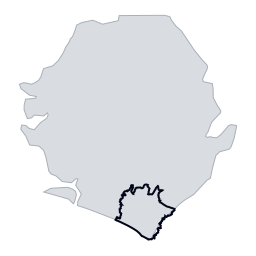 Pujehun, Southern, Sierra Leone (highlighted)
{"feature_id": "65957751B2614126839094", "entity_name": "Pujehun", "entity_type": "district", "adm_level": 2, "iso_a3": "SLE", "parent_name": "Sierra Leone", "parent_adm1": "Southern", "projection": "albers", "projection_center": [-11.562, 7.3], "detail": "fine", "context": "in_parent", "style": "outline", "palette": "ink", "viewbox_px": 256, "rotation_deg": 0, "n_neighbors": 0, "source": "geoboundaries", "source_scale": "gbopen_adm2", "svg_char_len": 7227}
<svg xmlns="http://www.w3.org/2000/svg" viewBox="0 0 256 256"><path d="M236.5,125.4L236.3,127.7L234.2,138.1L231.0,147.1L228.9,149.3L219.7,151.7L215.8,155.6L212.4,168.4L210.3,178.4L207.1,180.1L193.7,194.5L184.8,200.0L178.7,204.7L172.9,210.9L165.5,216.9L157.6,226.9L152.0,237.4L148.2,240.6L145.3,237.7L131.8,227.4L117.7,220.4L87.5,208.8L77.4,205.6L77.8,201.5L81.3,194.0L75.7,185.2L77.9,178.8L75.7,178.8L71.4,182.7L62.2,181.5L56.1,176.0L51.1,174.0L48.9,171.2L45.8,156.7L43.5,150.1L38.9,146.1L29.7,145.0L25.9,136.2L20.8,129.3L21.6,125.1L25.8,125.4L29.1,128.4L34.3,129.7L40.9,122.3L46.8,118.3L48.2,114.8L47.4,112.9L43.9,115.9L34.1,115.1L31.7,117.8L27.4,118.6L24.1,109.9L24.2,104.8L25.6,99.2L35.4,98.3L36.3,96.5L29.5,95.2L21.0,88.7L19.5,84.2L23.7,82.7L27.8,83.3L31.3,84.3L35.0,82.7L38.6,80.3L40.7,77.1L43.6,68.6L52.8,65.8L58.3,60.6L63.4,52.6L65.8,46.9L67.9,44.1L69.3,41.7L70.3,39.0L72.6,36.5L75.0,30.5L76.7,25.1L81.9,22.5L92.8,20.2L102.5,24.2L118.3,20.7L119.1,15.6L133.6,15.5L150.7,15.4L165.0,15.4L169.8,16.7L171.6,20.5L176.3,26.5L181.2,30.7L187.3,39.7L194.4,50.3L202.1,59.8L207.0,65.0L207.5,66.8L207.2,68.9L204.8,73.8L202.7,79.0L202.9,81.0L204.4,82.0L212.4,83.6L213.1,89.5L213.2,97.6L217.1,105.1L220.8,110.7L220.6,112.7L211.6,122.2L208.1,131.6L206.3,134.3L205.6,136.4L207.4,137.4L209.8,136.7L213.4,137.5L216.7,137.8L221.1,134.4L228.5,125.7L230.9,124.7L236.5,125.4ZM74.5,201.9L73.4,203.8L68.6,199.1L43.8,192.0L50.8,188.3L68.1,187.3L73.2,189.5L75.5,191.3L76.4,194.7L74.5,201.9Z" fill="#d9dde1" stroke="#a8b0b8" stroke-width="1"/><path d="M174.5,209.0L172.8,208.3L171.3,207.9L170.0,207.4L168.5,206.9L167.5,206.7L166.7,206.4L165.5,205.7L164.8,205.2L164.1,204.8L163.4,204.4L162.7,203.9L161.9,203.2L161.2,202.8L160.6,202.5L160.2,202.4L160.1,202.1L160.1,201.8L159.8,201.8L159.6,201.7L159.5,201.1L159.7,200.9L159.4,200.9L159.2,200.6L159.5,200.4L159.5,200.0L159.3,199.6L159.2,199.2L159.2,198.9L159.4,198.7L159.1,198.1L158.9,197.9L158.8,197.7L158.7,197.3L158.5,197.1L158.5,196.9L158.7,196.5L158.7,196.3L158.5,195.8L158.3,195.4L158.5,194.9L158.4,194.5L158.7,193.8L158.9,193.4L158.7,193.1L159.0,192.7L159.7,192.1L160.1,191.8L160.4,191.3L160.7,191.1L160.9,190.9L161.3,190.9L161.6,191.0L161.9,190.7L162.4,190.3L162.1,190.2L161.4,190.1L160.8,190.1L160.1,190.3L159.6,190.4L159.3,190.3L159.0,189.9L158.7,189.6L158.5,189.2L158.4,188.5L158.3,187.8L158.2,187.4L158.2,186.9L158.2,186.4L158.0,186.1L157.9,186.0L157.2,186.7L157.0,186.9L156.6,187.4L156.0,188.0L155.8,188.3L155.7,188.6L155.6,188.9L155.6,189.2L155.2,189.8L154.8,190.2L154.4,190.9L154.1,191.6L153.7,192.2L153.3,193.0L152.9,193.4L152.7,193.6L152.6,193.9L152.4,194.1L152.2,194.3L151.8,194.3L150.9,194.3L150.5,194.2L150.1,194.3L149.7,194.3L149.2,194.3L148.7,194.4L148.4,194.4L148.1,194.2L148.3,193.8L148.6,193.0L148.6,192.3L148.6,191.6L148.7,191.3L148.9,190.8L149.0,190.2L149.0,189.7L149.3,189.2L149.5,188.6L149.2,188.2L148.9,187.8L148.3,187.1L148.0,186.9L147.7,186.7L147.5,186.3L147.5,185.9L147.6,185.4L147.9,185.0L147.6,184.8L146.4,184.5L145.4,184.5L144.5,185.0L144.1,185.5L143.9,185.9L143.6,186.5L143.5,187.2L143.2,187.5L142.8,188.0L142.4,188.2L141.7,188.2L141.3,188.2L140.9,187.7L140.4,187.4L139.5,187.5L138.6,187.5L138.1,187.5L137.9,187.7L136.5,187.7L136.0,188.0L135.7,188.7L135.4,189.0L135.1,189.5L134.9,189.9L134.7,190.2L134.7,190.6L134.7,191.0L134.7,191.3L134.4,191.7L134.1,192.1L133.6,192.4L133.5,192.6L133.5,192.8L133.1,192.9L133.1,193.2L132.9,193.3L133.1,193.8L132.7,193.7L132.4,193.1L131.9,192.4L131.6,192.0L131.3,191.7L131.2,191.1L131.6,190.4L132.1,189.5L132.3,188.8L132.6,188.2L133.1,187.6L132.7,187.0L132.6,186.6L132.9,185.9L132.9,185.3L131.9,185.1L131.5,185.3L131.1,185.5L131.1,185.9L131.3,186.2L131.0,186.7L130.9,187.1L130.9,187.3L130.6,187.6L130.3,188.1L129.5,189.5L129.3,189.9L128.8,190.2L128.1,190.7L127.6,191.1L127.2,190.5L126.8,190.7L126.5,191.1L126.1,191.2L125.6,191.2L125.1,191.2L124.8,191.5L124.4,191.7L124.1,192.0L123.7,192.6L123.5,192.9L124.0,193.5L124.5,193.9L125.0,194.2L125.3,194.6L125.5,195.1L125.3,195.3L124.6,195.3L124.3,195.1L124.0,195.2L123.7,195.2L123.5,194.9L123.3,194.7L122.9,194.5L122.5,194.5L122.2,194.8L121.8,195.2L122.2,195.9L122.7,196.4L122.9,196.8L122.7,197.5L122.7,197.9L122.5,198.3L122.0,198.6L121.2,198.8L120.8,198.8L120.2,198.5L120.5,198.6L120.5,198.9L120.6,199.1L120.6,199.3L120.5,199.5L120.7,199.9L120.5,200.0L120.4,200.2L120.2,200.2L120.2,200.4L120.2,200.5L120.3,200.8L120.2,201.2L120.1,201.4L120.1,201.6L119.9,201.8L120.0,201.9L120.2,202.0L120.3,202.1L120.3,202.3L120.8,202.7L120.9,203.0L121.1,203.2L121.2,203.3L121.1,203.5L120.9,203.6L121.0,203.9L121.2,204.1L120.8,204.0L120.8,204.4L120.6,204.6L120.9,204.7L120.9,204.9L121.0,205.1L121.4,205.1L121.2,206.1L120.9,206.6L120.6,207.2L120.4,208.1L120.6,208.4L120.4,208.5L119.9,209.0L119.6,209.2L119.8,209.5L119.8,210.4L119.8,211.8L119.8,212.0L119.9,212.5L120.1,212.7L120.4,212.9L120.7,213.1L120.9,213.1L121.0,213.2L121.2,213.4L121.3,213.6L121.2,213.8L121.1,214.0L121.0,214.5L121.0,214.9L120.8,215.3L120.6,215.6L120.4,216.2L120.3,217.2L120.3,217.5L120.1,218.2L119.8,218.5L119.6,218.4L119.1,218.2L118.9,218.0L118.8,217.9L118.7,217.9L118.4,218.2L118.1,218.3L117.9,218.0L117.8,217.5L117.5,217.3L117.1,217.1L116.9,217.3L116.7,217.4L116.6,217.7L116.2,218.8L115.9,219.2L115.5,219.8L116.2,220.3L118.4,221.1L121.0,222.3L127.8,225.6L131.8,227.8L134.3,229.3L136.9,231.0L139.5,233.3L140.7,234.8L141.2,235.3L141.8,236.1L142.7,236.3L147.5,238.8L148.4,239.2L148.9,239.4L149.5,239.3L150.2,239.2L150.3,239.2L151.1,239.1L151.4,239.3L151.7,239.3L151.9,239.1L152.0,238.8L152.1,238.6L152.3,238.4L153.2,238.1L153.3,238.1L153.6,238.1L154.1,238.1L154.3,238.3L154.5,238.4L154.6,238.2L154.5,237.4L153.8,236.4L153.6,236.1L153.7,235.9L154.5,236.1L154.9,235.9L154.9,235.7L154.7,234.9L155.1,234.6L155.6,234.7L156.1,234.8L156.2,234.1L156.3,233.6L156.7,233.2L156.9,233.1L157.1,233.0L157.4,233.1L157.6,233.0L157.7,232.7L158.0,232.5L158.2,232.4L158.1,231.6L158.2,231.0L158.2,230.8L158.2,230.5L158.6,230.2L158.4,229.7L157.8,229.3L157.7,229.2L157.7,228.8L157.9,228.5L158.1,228.3L158.3,228.0L158.5,227.9L159.1,228.0L159.5,228.0L159.7,227.9L159.9,228.0L160.3,228.1L160.5,228.2L160.8,228.1L160.7,227.3L160.6,226.7L160.4,226.1L160.7,225.6L160.4,225.2L160.1,224.6L159.9,224.3L159.6,224.2L159.5,223.9L159.3,223.7L159.8,223.0L160.0,223.0L160.5,223.3L160.8,223.3L161.1,223.0L161.0,222.8L160.8,222.6L160.6,222.4L161.1,221.8L161.3,221.6L161.7,221.4L161.5,221.2L161.9,220.6L162.2,220.4L162.3,220.2L162.2,219.7L162.4,219.3L162.5,218.9L162.4,218.7L162.4,218.4L163.0,218.2L163.0,218.4L163.0,218.6L163.1,218.8L163.3,218.9L163.6,218.8L163.9,219.0L163.4,219.3L163.6,219.5L163.9,219.4L164.1,219.2L164.2,218.2L164.6,218.0L164.6,217.5L164.8,217.3L164.9,217.1L165.2,216.9L165.0,216.5L165.1,216.4L165.3,216.3L165.3,216.2L165.6,216.5L165.6,216.8L165.9,216.9L166.2,216.9L166.6,217.0L166.8,216.8L167.2,216.3L167.3,216.0L167.6,215.7L168.0,215.4L168.4,215.7L168.8,215.9L169.3,215.5L169.7,215.5L170.1,215.3L170.3,215.2L170.5,215.0L170.6,214.8L171.0,214.8L171.3,214.7L171.6,214.5L171.9,214.2L171.8,213.9L171.6,213.7L171.8,213.4L172.1,213.0L172.0,212.8L171.8,212.6L171.8,212.4L172.0,212.3L172.3,212.2L172.4,211.6L172.8,211.4L173.2,211.4L173.5,211.0L173.8,210.9L174.1,210.4L174.5,210.2L174.4,209.2L174.5,209.0Z" fill="none" stroke="#020617" stroke-width="2"/></svg>